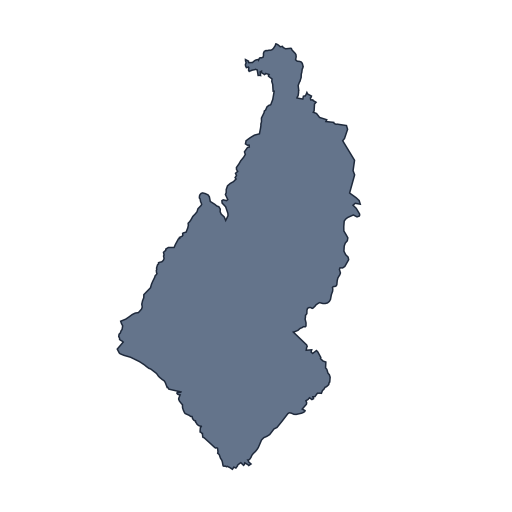 outline of Coacoatzintla, Veracruz, Mexico, rotated 43°
{"feature_id": "50627088B62702999552661", "entity_name": "Coacoatzintla", "entity_type": "district", "adm_level": 2, "iso_a3": "MEX", "parent_name": "Mexico", "parent_adm1": "Veracruz", "projection": "mercator", "projection_center": [-96.952, 19.681], "detail": "fine", "context": "isolated", "style": "filled", "palette": "slate", "viewbox_px": 512, "rotation_deg": 43, "n_neighbors": 0, "source": "geoboundaries", "source_scale": "gbopen_adm2", "svg_char_len": 6132}
<svg xmlns="http://www.w3.org/2000/svg" viewBox="0 0 512 512"><g transform="rotate(43 256 256)"><path d="M233.2,98.9L225.4,104.2L224.7,105.1L223.6,105.5L222.0,105.6L221.7,105.3L215.4,110.0L214.8,108.1L208.0,111.3L203.1,110.5L199.8,111.8L199.5,110.2L195.1,104.9L195.1,102.6L192.7,103.1L192.5,103.3L191.5,103.4L191.1,103.1L189.6,104.5L188.6,103.9L187.9,103.1L188.1,102.6L187.5,101.2L183.3,102.3L181.7,101.7L182.6,104.0L182.8,105.5L182.5,105.7L181.7,106.8L183.2,109.3L178.2,112.5L177.8,111.9L177.5,110.1L175.8,107.6L174.3,106.0L174.4,105.8L170.5,102.5L169.1,98.9L168.9,97.8L168.4,97.1L167.3,94.7L165.0,92.0L164.2,90.4L162.4,87.9L161.8,86.1L161.3,85.7L161.3,85.3L158.4,83.5L156.6,83.3L154.9,84.1L153.4,85.4L151.1,85.5L149.5,82.9L147.9,81.5L146.5,81.1L141.9,80.8L141.0,80.5L140.4,80.1L139.8,80.3L136.3,84.3L133.6,85.0L132.4,84.6L131.1,86.4L128.3,86.5L126.3,87.0L125.8,87.4L126.6,89.0L127.2,92.4L127.0,94.3L126.1,95.9L125.3,96.4L123.9,98.5L123.2,98.8L122.5,100.7L123.0,102.2L123.4,102.9L124.8,104.3L125.6,105.9L124.6,107.7L124.0,108.0L123.6,108.8L124.2,110.9L123.7,110.6L122.3,112.6L121.8,114.0L121.4,117.1L120.8,117.5L119.0,119.5L118.7,119.6L117.7,118.6L114.3,119.5L115.2,120.4L117.1,121.5L117.6,123.1L118.7,124.1L120.5,124.8L121.6,123.0L122.5,123.3L122.5,123.6L124.1,125.4L125.1,125.6L125.2,124.9L125.7,124.5L126.4,122.8L128.1,120.4L128.3,119.8L130.0,119.1L134.4,122.5L135.6,121.3L136.3,120.9L133.5,118.5L134.0,117.1L134.9,118.2L138.1,117.5L138.4,117.6L138.7,116.7L138.6,115.9L141.8,114.3L142.1,115.6L142.5,116.0L147.0,115.6L148.5,117.6L151.2,119.1L156.1,123.8L156.9,123.1L161.5,130.1L163.6,135.3L163.5,135.7L162.7,136.9L162.3,139.4L163.5,142.8L163.2,144.3L164.1,145.5L165.9,151.4L168.5,154.1L169.5,156.1L170.5,157.1L172.0,159.2L175.2,164.3L172.4,168.7L171.1,173.3L170.1,178.4L171.8,181.2L174.2,180.8L175.4,179.6L176.8,180.9L175.8,182.4L176.5,187.7L178.9,189.0L179.6,192.2L179.9,196.8L180.7,200.2L181.3,204.6L182.7,206.0L184.9,206.6L184.6,209.5L186.9,210.5L187.2,212.9L188.9,213.3L188.8,217.0L187.7,220.4L187.3,224.1L188.9,227.7L191.0,230.0L191.7,231.9L196.9,234.0L196.7,235.6L193.7,237.3L193.3,238.8L195.1,240.4L200.2,240.7L206.4,244.0L208.1,245.7L209.6,250.7L206.1,249.1L202.0,249.1L199.6,248.1L197.9,246.1L195.2,245.3L193.1,246.2L190.7,246.3L185.4,247.3L181.5,244.5L179.3,244.0L176.2,245.0L173.9,246.3L173.2,247.6L173.2,249.3L173.7,250.6L175.0,252.2L176.1,252.3L178.5,254.1L179.8,254.5L181.1,255.4L181.4,256.5L181.3,261.0L182.7,263.9L182.9,266.8L182.8,270.1L183.8,274.1L184.1,276.4L184.0,278.1L184.4,278.8L185.4,279.4L186.9,281.9L188.6,286.2L187.2,288.5L186.9,289.5L188.4,290.8L188.5,292.0L187.3,294.7L188.2,295.2L187.6,296.4L189.2,302.6L190.3,305.6L186.1,309.5L185.3,312.4L186.1,313.4L185.8,316.4L188.1,318.0L188.4,319.1L190.4,320.4L191.2,322.3L191.1,324.4L189.6,326.7L189.3,327.4L190.1,328.2L190.0,329.6L191.5,332.7L192.5,333.4L193.0,334.6L194.5,335.9L195.6,336.4L195.8,337.5L195.7,339.1L196.5,340.8L197.8,345.1L198.8,347.9L200.5,351.2L200.3,360.7L202.4,363.1L203.5,366.0L205.3,369.1L207.6,370.9L208.5,372.9L208.6,377.6L206.6,380.1L205.4,383.2L204.7,387.0L203.8,391.0L201.5,396.0L203.6,397.1L206.1,398.0L208.2,401.1L208.3,402.6L209.3,404.9L209.2,406.6L210.6,408.6L212.2,409.1L213.2,410.1L214.3,410.0L215.7,409.6L217.6,409.5L218.0,418.7L222.2,420.2L222.9,420.2L224.0,419.9L227.2,418.7L233.3,415.6L242.9,412.7L248.8,411.7L251.1,411.6L254.4,411.2L255.8,410.5L262.7,409.8L264.3,409.9L266.4,410.4L268.1,410.5L271.7,410.3L273.9,409.9L275.9,410.4L280.6,412.7L280.8,412.3L283.1,412.8L293.8,406.6L293.9,407.0L291.5,409.7L291.9,410.4L293.2,410.5L294.3,410.0L295.2,409.3L296.6,412.9L297.3,413.6L298.9,414.3L302.6,414.9L303.5,414.8L305.8,417.1L308.0,418.3L310.7,419.4L311.7,419.5L316.1,418.0L317.5,418.0L318.7,417.0L320.7,418.3L321.2,418.2L322.3,418.5L323.6,418.3L323.9,417.9L324.4,417.9L325.0,418.6L326.2,418.8L327.2,419.2L329.4,419.2L331.0,418.6L332.1,417.8L332.3,417.9L332.4,419.5L334.6,422.3L335.3,422.8L335.5,422.5L337.5,422.6L337.9,422.3L338.4,423.0L338.8,423.2L340.4,424.6L340.9,424.8L342.0,424.3L356.5,424.2L357.4,424.0L358.0,423.1L359.0,422.8L361.8,425.2L362.5,426.4L364.5,426.3L367.9,428.1L370.3,428.7L371.9,429.6L375.0,431.9L375.8,431.7L377.0,430.5L378.1,430.3L378.5,429.4L381.4,428.5L384.2,428.1L383.8,425.5L385.9,424.8L385.6,422.1L385.3,421.7L385.2,420.9L385.8,417.5L389.7,417.6L389.7,416.4L388.9,414.9L392.7,414.1L393.6,414.2L394.2,411.5L391.0,411.6L390.2,411.0L389.1,410.8L389.8,409.9L390.0,408.7L389.6,406.5L388.9,404.6L388.7,402.3L388.9,399.3L388.7,396.7L388.3,394.5L385.5,386.7L385.6,383.5L386.9,380.6L387.8,377.3L387.1,370.2L388.3,367.1L387.7,358.7L386.8,349.5L387.3,347.9L389.1,346.8L391.7,345.9L393.4,344.5L396.6,339.8L397.4,337.9L397.7,336.5L397.3,335.6L394.2,336.4L394.0,330.1L393.2,328.8L391.2,327.8L391.9,325.5L391.8,323.2L394.8,322.9L395.4,321.1L393.6,320.1L395.0,318.8L394.5,314.5L396.2,312.8L397.5,311.8L396.4,309.2L396.5,306.9L396.0,305.0L396.7,303.5L396.9,300.7L396.6,299.8L396.3,299.7L395.7,298.3L395.9,297.9L392.9,294.1L390.6,292.8L388.5,292.6L385.1,290.6L383.2,290.4L379.4,285.9L376.7,287.1L373.2,287.1L372.6,286.0L366.6,284.0L364.7,283.9L363.9,288.6L361.8,288.7L360.7,286.6L357.0,290.7L355.4,288.3L355.2,287.3L353.7,286.5L335.2,286.2L336.1,284.6L337.4,281.7L337.6,279.0L338.6,276.8L338.9,275.3L340.3,274.2L340.3,273.1L338.2,270.8L334.9,268.6L334.1,267.3L332.7,265.7L332.5,263.5L330.3,261.0L329.4,259.2L329.9,257.6L331.1,256.4L332.8,256.0L333.2,255.3L333.4,252.4L333.2,250.9L333.7,248.4L334.3,246.7L337.4,245.1L339.0,243.6L340.3,241.6L340.6,239.2L340.1,237.0L337.5,232.9L336.0,229.4L334.7,227.8L333.4,226.9L333.4,225.7L334.6,224.3L335.0,223.2L334.7,221.9L332.1,218.5L330.8,216.1L330.1,212.6L329.3,210.8L326.1,208.9L325.5,207.4L327.5,205.6L328.1,203.1L326.3,195.5L324.1,194.0L320.7,193.9L317.0,192.5L313.7,188.5L312.5,185.7L312.4,182.6L310.8,180.1L307.1,178.9L303.2,177.8L300.2,174.7L296.7,170.3L296.4,167.8L296.8,165.3L299.2,159.6L303.2,158.5L304.3,156.4L303.9,155.3L303.0,154.6L296.8,152.8L292.3,152.7L292.6,149.8L296.9,147.0L293.6,145.1L289.4,145.1L281.5,146.1L272.8,129.4L268.8,127.4L262.8,118.8L240.8,112.6L240.6,109.7L236.6,100.9L233.2,98.9Z" fill="#64748b" stroke="#1e293b" stroke-width="1.5"/></g></svg>